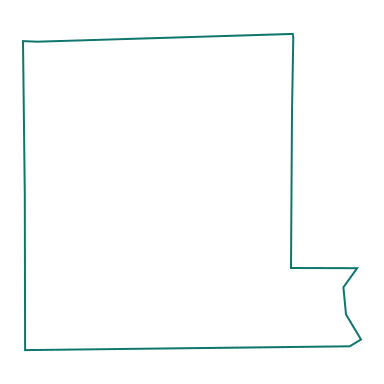 the district of Livingston, Missouri, United States of America
{"feature_id": "52423323B73589885099286", "entity_name": "Livingston", "entity_type": "district", "adm_level": 2, "iso_a3": "USA", "parent_name": "United States of America", "parent_adm1": "Missouri", "projection": "equal_earth", "projection_center": [-93.472, 39.79], "detail": "fine", "context": "isolated", "style": "outline", "palette": "teal", "viewbox_px": 384, "rotation_deg": 0, "n_neighbors": 0, "source": "geoboundaries", "source_scale": "gbopen_adm2", "svg_char_len": 286}
<svg xmlns="http://www.w3.org/2000/svg" viewBox="0 0 384 384"><path d="M24.8,196.2L25.1,350.1L349.7,346.3L361.0,339.5L346.0,314.5L343.4,287.3L357.1,268.2L291.0,268.0L292.0,111.5L293.3,37.7L292.8,33.9L37.3,41.7L23.0,41.1L24.8,196.2Z" fill="none" stroke="#0f766e" stroke-width="2"/></svg>